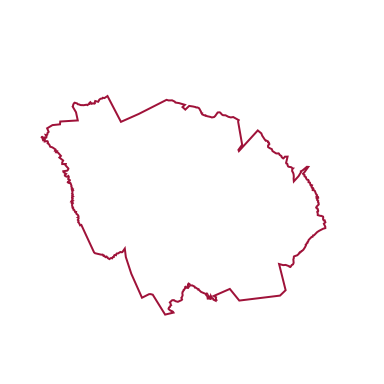 Ignacio Zaragoza, Chihuahua, Mexico, rotated 334°
{"feature_id": "50627088B16246344889030", "entity_name": "Ignacio Zaragoza", "entity_type": "district", "adm_level": 2, "iso_a3": "MEX", "parent_name": "Mexico", "parent_adm1": "Chihuahua", "projection": "robinson", "projection_center": [-107.777, 29.732], "detail": "fine", "context": "isolated", "style": "outline", "palette": "rose", "viewbox_px": 384, "rotation_deg": 334, "n_neighbors": 0, "source": "geoboundaries", "source_scale": "gbopen_adm2", "svg_char_len": 5930}
<svg xmlns="http://www.w3.org/2000/svg" viewBox="0 0 384 384"><g transform="rotate(334 192 192)"><path d="M78.1,173.1L77.5,203.3L78.0,204.5L82.9,208.5L84.2,209.1L84.4,210.5L85.0,210.4L85.7,212.6L86.9,212.6L87.0,213.5L87.4,213.8L87.4,214.6L88.4,216.1L89.8,215.8L90.5,216.0L91.2,216.6L92.2,215.8L93.3,216.1L93.6,215.5L94.4,214.8L95.0,214.8L95.9,215.4L96.0,215.1L97.4,214.3L98.5,214.8L101.3,214.5L101.9,215.1L103.0,215.5L106.8,213.4L104.0,221.5L101.6,238.9L100.7,265.1L108.6,265.0L110.1,265.7L111.7,267.1L114.1,290.4L122.5,292.3L122.4,291.3L121.7,290.2L121.3,290.2L121.3,289.8L120.6,289.0L119.7,287.1L119.7,286.7L120.7,285.7L121.9,285.6L122.5,284.9L123.6,284.6L123.5,283.9L123.9,282.6L123.7,281.5L126.5,280.6L127.1,280.7L127.6,281.1L128.3,281.2L129.3,282.9L131.2,284.5L135.3,284.6L136.0,284.2L136.0,282.5L137.1,281.9L138.4,280.6L138.9,278.8L139.7,277.7L140.2,277.6L141.5,276.4L141.8,276.6L143.1,275.7L144.1,275.5L144.1,274.5L144.9,274.4L145.1,275.6L146.4,276.5L147.6,275.8L147.1,274.8L147.9,273.3L148.8,272.8L149.4,273.7L149.5,275.3L151.2,276.0L152.8,278.1L152.7,279.1L153.3,279.4L154.2,281.0L155.0,281.9L154.8,282.0L154.8,282.4L155.1,282.4L156.3,285.7L159.8,289.8L159.7,290.1L160.5,290.3L160.9,290.0L161.0,290.4L159.8,290.6L159.7,291.3L160.4,293.6L159.7,293.7L159.4,294.7L160.1,295.0L160.5,293.9L161.4,292.9L162.2,294.8L161.2,296.8L162.2,295.9L162.6,295.9L162.5,295.2L162.8,295.1L163.4,294.0L163.6,296.6L164.1,296.8L164.2,297.2L164.1,298.2L165.6,300.1L165.9,299.5L166.6,299.7L166.6,298.4L167.5,297.2L166.0,295.0L183.5,295.7L186.9,310.3L225.7,323.7L233.1,321.3L238.7,294.9L241.9,297.7L244.2,298.6L246.8,301.3L246.8,301.9L247.5,302.5L247.9,302.4L249.6,301.4L251.1,301.3L252.3,300.2L253.6,296.9L254.4,296.2L255.1,294.9L255.5,294.6L258.9,295.0L261.1,294.3L261.4,293.9L262.3,293.9L262.6,293.4L263.5,293.6L264.6,293.0L265.1,293.2L266.8,292.7L269.5,291.1L271.1,289.8L271.1,289.3L271.7,289.2L272.4,288.5L273.2,288.4L273.2,288.2L273.9,287.9L274.2,287.4L274.7,287.4L275.9,286.2L279.8,284.8L280.7,285.1L281.8,284.1L282.7,284.4L286.9,282.9L289.4,282.6L293.8,282.5L296.0,282.9L296.6,281.6L296.6,278.3L298.6,277.7L298.8,275.6L297.9,275.3L297.9,273.8L298.8,272.4L299.0,271.6L297.7,270.1L296.9,269.7L294.9,267.9L295.7,266.1L295.8,264.8L296.4,264.4L296.9,264.6L297.2,264.2L297.6,262.2L297.5,261.7L296.9,261.4L296.8,260.4L297.7,259.7L300.4,258.8L300.5,258.6L300.3,258.4L301.0,257.3L300.8,256.2L301.5,255.4L301.0,254.1L301.8,253.3L301.2,252.6L301.2,252.2L301.5,251.7L302.5,251.8L303.0,252.1L303.1,251.7L302.5,250.7L301.8,251.0L301.7,250.8L303.0,249.6L302.6,248.0L302.9,245.0L302.4,243.9L301.3,243.2L301.5,242.8L302.4,242.6L302.6,242.0L302.5,241.5L301.8,241.2L301.6,240.5L301.9,240.2L301.8,239.3L302.8,238.6L302.4,238.1L301.8,238.1L301.5,237.7L302.1,235.3L301.0,234.3L301.2,233.8L301.8,233.2L301.8,232.1L300.9,231.5L300.6,230.5L300.6,229.3L300.9,228.7L300.0,227.3L300.6,226.1L299.8,224.9L299.9,224.1L301.2,223.8L307.5,220.4L306.3,219.7L300.7,221.1L298.9,221.1L298.6,222.0L294.7,224.5L288.2,227.1L289.2,224.5L290.3,222.7L291.1,220.5L291.3,219.1L291.2,217.0L292.1,215.5L293.1,215.1L292.5,214.7L292.4,213.9L291.9,213.1L290.1,211.8L289.6,211.1L289.6,210.0L290.0,208.7L289.9,208.3L289.3,207.7L289.3,207.1L293.4,202.1L291.0,201.0L288.9,201.9L288.7,201.8L287.9,200.1L288.1,198.9L287.0,196.9L287.0,195.6L286.6,195.1L285.3,194.7L284.4,194.0L282.3,190.5L282.5,188.4L281.4,187.1L280.1,185.1L280.5,183.9L281.5,183.1L282.3,183.1L282.6,182.5L282.7,181.2L282.1,180.7L282.5,179.9L281.0,177.9L280.7,178.0L280.4,176.8L279.8,172.2L280.0,169.7L278.1,165.5L252.1,175.8L252.2,174.5L257.8,171.5L264.2,149.3L264.6,148.5L265.5,147.9L261.9,142.7L259.6,142.0L257.7,140.4L255.8,137.8L253.6,136.6L252.8,135.4L252.4,133.7L251.9,132.6L250.6,132.0L249.9,131.8L246.1,133.9L244.7,134.3L242.5,133.7L241.6,132.7L238.7,130.4L238.0,129.4L237.6,129.4L237.5,128.8L236.8,128.6L235.2,126.7L235.3,125.6L235.5,125.5L235.0,124.9L235.3,124.0L235.1,119.9L234.4,118.9L233.7,118.2L232.8,117.9L232.4,117.2L230.4,115.6L227.2,113.4L222.1,115.0L220.7,111.5L223.8,110.5L219.3,106.4L216.3,104.3L216.1,103.2L214.3,100.9L211.2,99.5L209.5,98.0L178.4,98.5L158.9,97.8L158.1,68.7L154.5,69.2L153.1,68.2L152.4,68.6L150.6,68.1L149.1,68.4L148.3,69.1L147.2,69.8L144.9,67.8L143.9,68.8L143.6,69.7L143.1,69.8L141.6,68.8L140.6,68.8L140.0,66.7L138.6,67.2L138.4,68.0L137.4,67.7L136.2,68.1L135.4,67.3L132.7,66.5L129.9,65.0L128.9,63.8L127.8,63.0L127.6,62.1L125.7,60.3L124.6,60.6L123.2,61.8L122.7,62.7L122.2,62.9L122.7,69.5L120.7,77.6L104.5,70.9L103.0,73.3L95.9,70.7L90.2,71.2L90.0,71.6L89.7,71.5L89.5,75.1L87.9,75.7L87.1,77.0L86.6,77.2L86.3,77.2L85.5,76.6L85.5,78.5L84.9,79.2L83.8,79.1L83.4,78.4L82.1,78.5L82.3,78.1L81.6,76.8L81.3,76.7L80.9,76.9L81.2,77.9L80.9,80.0L81.7,80.0L81.9,79.5L82.2,79.4L82.8,79.9L82.8,80.3L81.8,81.2L81.6,82.0L84.0,82.7L84.4,83.0L84.4,84.1L83.6,85.0L84.2,85.8L84.5,87.2L84.4,89.1L86.1,90.7L88.0,94.0L86.9,94.9L88.5,96.1L87.4,96.8L88.8,97.7L90.0,102.1L87.9,102.9L90.0,107.2L88.3,108.5L87.6,110.0L90.8,111.5L90.0,112.5L91.2,116.7L90.4,117.6L89.1,118.1L85.4,116.9L85.2,117.5L85.8,118.9L86.8,120.5L85.1,121.0L84.9,121.6L85.8,123.1L86.9,123.5L87.9,123.4L87.9,124.5L86.4,126.0L87.4,127.5L87.3,128.0L84.9,128.5L84.6,128.8L85.0,129.6L85.9,130.4L86.5,130.3L86.7,130.8L86.4,133.6L85.9,134.2L86.0,135.1L85.6,135.7L86.1,136.4L85.9,137.2L86.1,137.4L85.5,137.9L85.0,137.6L84.9,138.1L85.3,138.6L84.8,138.7L84.6,139.1L84.0,140.8L83.4,141.0L83.4,141.3L83.7,141.3L83.7,142.3L82.5,142.9L82.5,143.3L82.9,143.8L82.3,143.9L82.1,145.0L81.6,144.8L81.2,146.3L80.8,146.6L81.1,147.1L80.2,147.1L79.7,147.4L80.5,147.7L79.6,148.4L80.1,148.9L79.2,149.3L79.5,149.9L79.0,149.9L79.0,150.5L78.4,151.3L78.0,153.0L78.3,153.6L77.7,153.9L78.0,155.5L77.7,156.0L78.3,156.6L78.2,158.8L78.9,159.1L78.5,159.5L78.8,160.8L78.6,161.3L79.3,162.5L79.4,163.6L79.1,164.1L79.2,164.4L78.8,165.0L78.4,165.0L78.7,165.4L78.4,166.2L77.1,167.0L77.4,168.3L76.5,169.1L76.9,170.5L76.8,172.9L78.1,173.1Z" fill="none" stroke="#9f1239" stroke-width="2"/></g></svg>